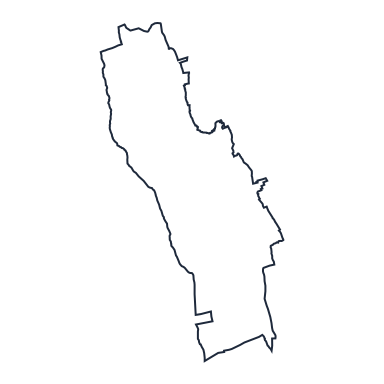 Gherghesti, Vaslui, Romania
{"feature_id": "2599482B70910765176420", "entity_name": "Gherghesti", "entity_type": "district", "adm_level": 2, "iso_a3": "ROU", "parent_name": "Romania", "parent_adm1": "Vaslui", "projection": "equal_earth", "projection_center": [27.522, 46.523], "detail": "fine", "context": "isolated", "style": "outline", "palette": "slate", "viewbox_px": 384, "rotation_deg": 0, "n_neighbors": 0, "source": "geoboundaries", "source_scale": "gbopen_adm2", "svg_char_len": 6002}
<svg xmlns="http://www.w3.org/2000/svg" viewBox="0 0 384 384"><path d="M275.4,338.4L275.6,337.0L275.5,335.6L275.2,334.8L272.7,330.7L272.1,328.0L271.5,323.1L270.3,317.0L267.9,308.8L266.7,305.7L264.6,298.8L265.4,291.3L265.4,285.7L264.6,281.2L264.4,276.5L264.0,274.5L263.4,273.1L263.0,271.5L263.0,269.5L263.2,268.4L263.5,267.9L269.7,265.6L274.3,264.6L273.8,261.6L272.9,260.2L272.2,258.4L272.2,255.9L271.4,253.3L271.6,252.3L271.2,248.6L270.6,247.3L270.8,245.8L273.0,244.7L273.7,243.8L275.7,243.2L276.6,242.4L278.2,242.6L278.4,241.5L278.8,241.1L280.1,240.9L281.5,241.0L282.1,240.8L283.3,240.1L283.3,239.5L282.4,237.7L280.9,233.2L279.9,231.6L278.9,230.6L280.0,229.6L276.3,223.5L275.2,222.0L275.2,221.7L274.4,220.5L274.3,220.0L273.1,218.4L272.7,218.3L272.4,217.3L268.3,210.8L266.9,207.4L266.8,206.8L266.7,206.6L263.9,207.7L262.9,205.8L262.8,204.6L262.5,203.7L259.0,199.6L259.8,198.8L259.2,198.0L259.1,197.4L258.3,196.2L258.2,195.6L258.3,194.1L257.8,194.1L257.7,193.5L257.3,193.0L257.8,191.6L261.4,190.2L260.9,189.0L262.4,188.5L261.4,186.1L264.3,184.8L263.4,182.4L267.2,180.8L265.7,178.2L262.5,179.3L257.5,180.6L257.7,181.7L256.6,182.0L257.1,182.7L253.1,183.7L252.1,176.9L251.7,176.0L251.9,173.7L251.8,171.1L251.3,170.2L249.1,167.5L247.6,165.2L245.1,163.2L244.4,162.9L243.7,162.1L242.5,159.2L241.6,158.3L241.0,157.0L240.4,156.5L240.1,156.0L239.9,155.3L238.8,153.8L238.3,153.5L237.7,153.6L237.0,155.2L236.7,155.4L234.6,156.0L234.0,156.5L233.4,154.8L232.6,153.8L232.5,153.3L233.5,152.4L233.4,152.0L233.4,150.9L232.1,148.2L233.8,144.1L232.9,143.2L232.3,142.1L231.9,140.6L231.7,139.2L232.0,137.5L231.8,134.8L230.9,132.5L230.3,131.4L230.4,130.8L228.9,128.5L228.7,127.6L227.8,126.0L226.6,126.6L226.4,126.8L226.5,127.2L226.0,127.4L225.9,127.0L225.6,126.9L224.3,128.0L222.8,128.7L222.2,127.9L222.1,127.1L222.7,125.9L224.1,125.8L223.8,123.6L223.6,123.1L223.0,122.8L222.7,123.0L222.6,123.4L221.8,123.3L221.7,121.3L221.0,120.2L220.4,120.4L220.3,122.1L220.0,123.0L219.9,122.2L219.5,121.3L218.5,121.1L216.8,121.7L215.6,123.0L215.4,123.2L215.5,126.1L215.3,127.2L215.1,127.3L215.0,127.8L215.0,128.7L214.9,128.9L214.0,129.2L214.0,129.9L214.3,130.6L214.1,130.7L213.9,130.8L213.7,130.4L212.9,130.3L212.0,130.9L212.4,133.0L212.1,132.6L211.5,132.5L210.3,132.8L210.0,132.9L209.9,133.4L209.2,133.6L207.6,132.9L206.8,133.0L206.3,132.6L202.9,132.5L202.4,132.0L201.5,132.1L200.3,131.5L200.2,130.7L197.3,129.8L197.3,129.5L197.6,128.9L197.6,128.4L197.9,127.9L197.9,126.9L197.5,126.6L196.9,126.6L196.8,126.1L196.4,125.5L195.4,125.6L194.7,124.2L193.6,122.3L192.4,119.2L192.3,118.4L191.4,117.5L190.6,115.7L190.5,114.7L189.6,112.6L189.5,111.3L190.0,111.0L190.1,110.5L189.7,109.9L189.5,108.0L189.6,107.1L189.4,106.5L189.6,105.2L188.7,105.1L188.0,105.2L187.5,103.9L187.5,102.5L186.9,101.9L186.0,99.5L185.7,98.2L185.9,97.6L185.5,97.0L185.8,95.6L185.8,92.5L185.2,90.5L185.2,89.3L184.7,88.8L184.9,88.4L184.8,88.0L183.9,85.7L184.8,85.3L184.6,84.8L184.7,84.4L187.4,83.7L188.8,83.5L188.6,79.3L188.8,77.6L188.5,75.7L188.8,73.9L189.1,73.0L189.0,72.4L183.3,73.0L183.1,71.9L182.3,69.0L181.5,67.1L180.9,64.4L180.5,63.4L180.0,62.9L183.1,61.7L187.0,60.5L187.3,57.4L178.0,60.3L177.1,57.1L175.8,53.7L174.9,51.5L173.8,49.9L173.0,49.0L171.3,48.3L170.1,48.2L169.1,48.9L168.8,48.8L168.6,46.8L165.6,39.9L164.8,36.8L164.1,35.3L162.2,32.7L161.9,31.6L160.8,23.9L160.5,23.3L157.4,23.0L154.9,23.3L151.7,25.1L150.6,27.5L149.5,28.9L148.4,31.1L148.0,31.5L147.3,31.7L144.0,31.0L138.7,28.3L130.7,30.5L130.3,30.5L126.4,27.9L125.9,27.1L125.0,25.1L124.5,24.5L118.5,27.1L118.9,30.8L118.8,32.2L119.4,34.4L119.7,37.3L120.3,39.5L121.1,41.7L120.9,42.0L121.2,42.4L121.8,44.3L118.2,45.4L115.3,46.8L112.2,48.1L107.6,49.5L105.2,50.5L103.5,50.9L100.7,52.1L101.5,55.5L101.6,58.8L104.1,63.8L104.5,65.3L104.2,67.1L103.8,67.7L102.9,68.5L102.7,69.5L102.9,71.6L102.8,72.8L103.4,74.4L103.4,76.5L103.8,77.4L104.5,78.3L105.3,80.2L105.9,84.5L105.8,85.2L106.7,86.1L107.2,87.9L106.5,89.9L106.8,91.4L107.0,93.0L107.5,93.9L107.4,94.3L108.3,95.5L108.7,95.7L109.4,97.7L109.4,98.9L109.0,99.7L109.3,100.5L108.4,102.3L108.3,103.2L109.1,104.4L109.7,107.1L110.2,108.3L111.1,109.6L111.2,110.5L110.8,112.1L111.1,113.9L110.6,116.4L110.7,118.9L110.0,121.1L110.0,122.5L110.2,123.7L109.9,124.3L109.7,125.3L109.9,125.9L109.7,127.9L109.9,129.2L110.9,132.4L111.8,134.4L112.2,136.8L112.7,137.4L112.7,138.3L113.0,138.7L113.2,139.3L114.5,140.9L114.6,141.3L116.9,143.1L117.2,143.8L117.4,145.4L119.3,146.2L119.5,146.6L120.0,146.9L121.1,147.2L121.6,147.9L122.7,148.1L123.2,148.4L124.2,149.2L124.3,149.7L125.3,150.3L125.4,150.7L125.8,151.0L126.0,151.6L126.9,153.0L127.0,154.3L127.3,155.5L127.5,157.4L127.3,159.7L127.5,163.6L128.7,164.9L128.9,165.6L131.4,167.6L133.2,170.7L133.8,171.5L135.9,172.9L138.7,176.4L143.7,180.9L148.3,186.8L149.6,187.5L151.0,187.9L151.9,188.0L152.9,189.5L154.1,190.3L155.0,192.3L155.4,193.5L155.4,193.9L155.7,194.6L155.8,195.6L156.7,197.8L157.3,200.5L159.1,204.6L160.1,208.6L161.4,210.9L162.8,215.8L163.9,217.2L163.9,218.5L165.5,221.4L167.0,223.6L167.3,226.9L167.6,227.9L169.3,231.1L170.4,233.8L170.3,234.6L169.7,235.4L169.6,236.9L169.8,238.1L169.7,238.5L169.8,239.9L170.8,241.5L171.1,243.6L171.3,243.9L171.2,244.6L171.4,245.1L171.3,245.6L171.5,246.1L172.8,247.4L174.5,249.9L176.0,255.5L176.8,256.6L178.7,261.1L179.3,262.8L179.9,264.0L181.7,266.1L183.5,266.9L184.8,267.9L187.9,271.7L189.1,272.6L190.2,273.0L191.3,273.0L192.1,273.2L193.1,274.6L193.4,275.4L193.7,279.6L194.4,282.4L194.6,284.8L194.6,294.2L195.7,314.9L201.2,314.0L210.9,311.5L211.4,316.6L212.5,321.3L196.0,324.5L197.7,327.8L198.2,329.2L197.9,331.5L197.9,338.9L198.8,340.2L199.1,342.2L199.9,344.2L200.7,344.4L201.7,346.8L203.4,349.7L204.2,353.2L204.7,358.0L204.7,361.0L218.2,352.9L224.1,352.0L223.9,351.2L224.0,350.7L229.0,349.8L231.7,349.0L240.2,344.9L244.4,342.5L259.0,336.9L262.3,334.9L263.7,336.3L264.4,337.6L264.5,338.3L264.9,338.7L264.7,339.3L265.0,340.2L265.8,341.0L266.2,341.7L267.6,345.6L268.5,346.3L269.1,347.4L270.6,348.9L271.6,350.7L272.2,345.7L272.1,338.5L275.4,338.4Z" fill="none" stroke="#1e293b" stroke-width="2"/></svg>